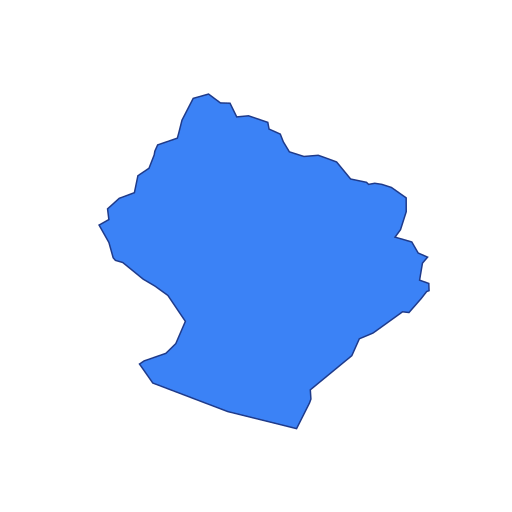 the district of Salt Lake, Utah, United States of America, rotated 236°
{"feature_id": "52423323B26965085925840", "entity_name": "Salt Lake", "entity_type": "district", "adm_level": 2, "iso_a3": "USA", "parent_name": "United States of America", "parent_adm1": "Utah", "projection": "orthographic", "projection_center": [-111.882, 40.668], "detail": "fine", "context": "isolated", "style": "filled", "palette": "blue", "viewbox_px": 512, "rotation_deg": 236, "n_neighbors": 0, "source": "geoboundaries", "source_scale": "gbopen_adm2", "svg_char_len": 1056}
<svg xmlns="http://www.w3.org/2000/svg" viewBox="0 0 512 512"><g transform="rotate(236 256 256)"><path d="M380.3,174.9L378.1,159.3L368.5,154.4L369.4,143.2L349.4,141.6L334.4,136.6L331.0,137.0L325.1,141.9L299.9,149.5L287.8,155.3L272.6,160.9L251.4,160.9L241.3,160.9L228.2,140.5L225.7,126.9L231.6,104.6L231.6,99.0L208.4,99.4L142.8,145.6L90.2,193.1L104.2,218.1L106.6,221.4L107.0,221.7L114.7,226.2L119.8,279.7L129.6,295.4L126.7,310.0L127.8,346.3L123.6,351.2L128.4,369.3L131.1,377.6L130.5,380.1L136.6,383.9L144.5,378.1L157.0,390.0L159.1,397.6L167.8,392.1L180.5,393.0L193.9,381.8L197.0,390.5L208.7,405.3L220.2,413.0L237.1,406.6L245.0,400.4L249.9,395.1L252.4,389.4L252.5,389.4L255.3,388.8L266.9,377.5L288.9,375.4L300.4,367.1L304.7,363.9L311.7,351.4L323.7,341.9L335.4,342.5L343.5,344.3L353.9,337.8L360.2,340.5L376.4,328.2L382.1,317.8L397.2,319.9L402.8,312.1L416.8,307.2L421.8,292.1L410.0,270.6L401.3,260.9L397.7,256.7L403.1,236.6L399.5,230.8L396.7,228.1L388.6,216.4L388.6,203.0L376.5,190.6L380.3,174.9Z" fill="#3b82f6" stroke="#1e3a8a" stroke-width="1.5"/></g></svg>